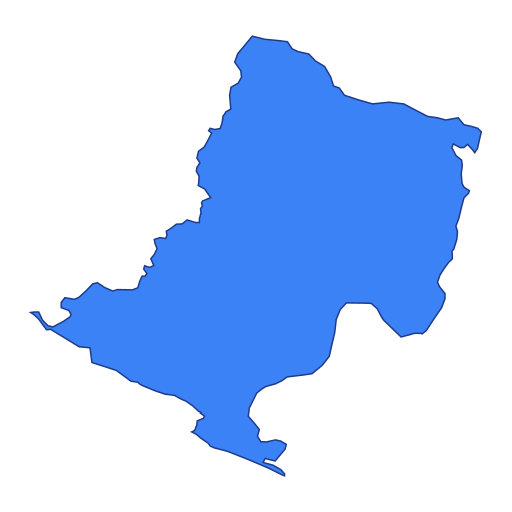 outline of Butaw, Sinoe, Liberia
{"feature_id": "62588387B58471335034652", "entity_name": "Butaw", "entity_type": "district", "adm_level": 2, "iso_a3": "LBR", "parent_name": "Liberia", "parent_adm1": "Sinoe", "projection": "albers", "projection_center": [-9.093, 5.133], "detail": "fine", "context": "isolated", "style": "filled", "palette": "blue", "viewbox_px": 512, "rotation_deg": 0, "n_neighbors": 0, "source": "geoboundaries", "source_scale": "gbopen_adm2", "svg_char_len": 3042}
<svg xmlns="http://www.w3.org/2000/svg" viewBox="0 0 512 512"><path d="M30.7,312.5L33.2,314.1L36.4,316.9L38.7,319.1L46.3,329.5L46.9,329.8L51.0,329.3L51.9,330.1L79.2,346.8L90.0,347.8L91.9,362.5L116.3,370.4L128.0,379.0L130.9,381.2L137.6,382.2L140.1,384.3L143.0,385.8L155.4,390.9L165.2,394.2L174.3,395.3L180.8,398.9L183.0,399.9L185.9,401.1L192.8,405.9L198.7,411.4L201.1,412.5L200.5,413.2L204.5,416.1L203.4,418.3L197.2,420.9L196.8,424.9L194.7,430.4L191.7,431.9L196.5,434.4L200.8,438.1L208.1,443.2L210.3,446.1L214.7,448.0L215.6,448.2L227.4,451.3L247.7,459.3L268.5,468.1L282.1,474.9L284.5,475.8L284.6,473.9L280.8,469.6L273.1,465.2L263.1,462.5L265.1,458.5L275.1,461.0L285.1,449.1L286.3,444.3L280.5,441.0L275.5,439.9L266.6,441.9L260.8,441.7L257.5,436.3L259.3,429.5L254.4,423.3L248.3,416.3L249.3,407.9L249.7,407.2L253.4,399.8L256.7,393.1L261.8,389.0L265.8,386.5L275.6,383.8L281.9,380.7L287.2,376.9L304.0,374.9L312.0,373.7L313.0,372.9L322.4,365.1L329.3,356.3L329.6,354.9L332.6,341.5L333.2,339.2L334.8,332.1L336.2,319.5L340.2,309.6L346.4,302.9L364.3,303.1L371.2,303.4L377.2,308.7L381.7,317.3L383.9,320.4L401.1,337.0L415.1,333.2L421.1,333.4L422.1,333.9L426.2,330.7L434.0,318.8L441.5,307.9L445.0,298.9L445.0,293.5L442.2,290.1L439.6,286.8L437.5,282.3L439.1,277.6L439.9,275.2L443.6,269.3L448.6,262.4L452.3,258.9L452.3,254.6L451.9,251.3L453.8,249.1L456.8,239.4L457.5,231.6L455.9,226.1L458.8,218.4L461.5,207.1L462.1,204.7L462.4,203.7L464.0,197.8L468.5,193.3L469.4,190.7L464.0,187.2L462.1,183.6L461.2,174.1L462.3,165.4L461.6,160.1L456.0,155.6L451.9,147.7L452.3,146.6L453.3,143.9L460.3,147.7L463.9,147.5L467.6,144.4L472.6,149.8L474.7,152.7L477.5,148.4L479.2,140.8L481.3,131.8L477.7,128.3L472.3,126.6L463.9,124.7L458.2,117.8L445.7,120.0L437.5,117.8L427.6,116.4L414.9,109.8L403.8,103.9L389.0,102.2L372.5,103.9L357.8,99.7L344.5,95.3L341.0,90.4L339.3,88.0L333.5,86.0L330.7,77.0L324.6,66.5L315.4,60.9L308.8,54.0L298.0,51.6L292.1,48.8L287.4,41.7L279.6,40.7L265.0,39.3L254.4,36.7L252.3,36.2L237.7,53.8L234.7,62.1L240.8,70.8L241.5,77.2L238.2,83.1L231.0,87.3L229.6,95.1L230.8,109.1L226.1,111.7L223.8,115.1L223.0,116.2L222.1,122.8L221.3,125.1L220.2,128.5L214.8,129.5L210.1,128.3L208.6,130.7L211.7,133.0L207.5,141.1L204.2,147.0L198.5,151.3L196.9,158.2L199.9,162.9L197.0,167.3L196.3,171.1L199.1,176.3L198.7,182.7L198.2,185.5L204.8,189.1L207.0,192.4L210.7,197.6L202.7,200.9L201.5,202.8L202.4,205.9L200.5,208.8L201.0,212.8L199.4,218.7L199.4,222.5L195.4,222.5L187.1,219.9L182.2,223.9L176.3,224.2L171.0,228.3L166.3,231.2L167.0,235.4L165.6,238.5L159.9,237.6L154.3,239.5L155.0,243.5L157.1,248.5L154.5,254.2L150.8,258.7L153.8,265.6L149.6,267.4L144.6,265.8L143.7,269.1L146.8,273.4L145.3,276.0L142.0,276.2L139.7,281.4L138.7,284.7L137.8,287.8L132.2,289.9L125.3,289.7L117.4,289.6L112.7,291.0L105.0,287.7L97.4,282.7L92.7,283.9L86.4,290.5L79.1,297.2L74.6,299.3L64.9,297.7L61.8,301.6L61.2,302.4L61.2,307.6L68.9,310.5L71.1,314.5L69.9,316.9L63.1,321.6L57.8,324.3L53.1,326.9L47.9,325.7L42.5,320.1L38.7,312.0L34.2,312.0L30.7,312.5Z" fill="#3b82f6" stroke="#1e3a8a" stroke-width="1.5"/></svg>